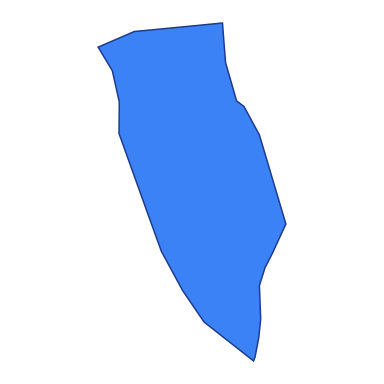 Chollima, P'yŏngan-namdo, North Korea
{"feature_id": "82179303B23985566152661", "entity_name": "Chollima", "entity_type": "district", "adm_level": 2, "iso_a3": "PRK", "parent_name": "North Korea", "parent_adm1": "P'yŏngan-namdo", "projection": "equal_earth", "projection_center": [125.571, 38.952], "detail": "fine", "context": "isolated", "style": "filled", "palette": "blue", "viewbox_px": 384, "rotation_deg": 0, "n_neighbors": 0, "source": "geoboundaries", "source_scale": "gbopen_adm2", "svg_char_len": 435}
<svg xmlns="http://www.w3.org/2000/svg" viewBox="0 0 384 384"><path d="M98.1,47.1L112.3,70.7L119.3,102.1L119.0,133.5L133.1,172.8L147.2,212.1L161.4,251.4L182.7,290.7L204.1,322.1L253.6,361.0L255.1,356.9L258.8,337.5L260.7,318.8L259.4,285.6L265.0,267.8L272.4,253.3L282.5,231.4L285.9,224.0L259.4,134.9L244.0,106.5L236.6,100.9L225.6,62.7L224.4,48.1L222.5,23.0L134.3,31.5L98.1,47.1Z" fill="#3b82f6" stroke="#1e3a8a" stroke-width="1.5"/></svg>